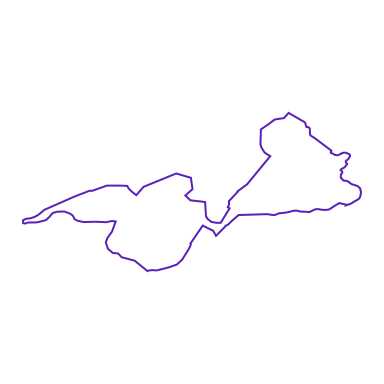 Morne Dudon, Castries, Saint Lucia
{"feature_id": "8701671B250084574474", "entity_name": "Morne Dudon", "entity_type": "district", "adm_level": 2, "iso_a3": "LCA", "parent_name": "Saint Lucia", "parent_adm1": "Castries", "projection": "mercator", "projection_center": [-60.965, 14.012], "detail": "fine", "context": "isolated", "style": "outline", "palette": "violet", "viewbox_px": 384, "rotation_deg": 0, "n_neighbors": 0, "source": "geoboundaries", "source_scale": "gbopen_adm2", "svg_char_len": 5722}
<svg xmlns="http://www.w3.org/2000/svg" viewBox="0 0 384 384"><path d="M216.0,235.8L225.1,226.7L225.6,225.6L226.7,225.4L227.9,224.7L228.9,223.8L231.6,221.1L235.8,217.5L238.7,215.0L239.4,215.0L265.6,214.2L265.8,214.1L266.2,214.1L266.8,214.2L267.8,214.3L268.3,214.3L268.9,214.4L269.5,214.5L270.3,214.6L271.0,214.7L271.5,214.8L271.9,214.8L272.9,215.0L273.4,215.0L274.0,215.1L274.6,215.0L275.4,214.8L275.8,214.6L276.0,214.5L277.2,214.0L278.3,213.7L279.1,213.3L279.5,213.2L280.4,213.1L281.0,213.1L281.5,213.1L282.1,213.0L282.9,212.9L283.4,212.8L284.0,212.7L284.7,212.8L284.9,212.8L285.6,212.6L286.6,212.4L288.1,212.1L289.7,211.8L290.6,211.5L291.1,211.3L291.7,211.2L292.3,211.1L293.2,210.9L293.7,210.8L294.3,210.8L294.7,210.7L295.6,210.6L296.2,210.6L296.7,210.7L297.6,210.8L298.7,211.1L299.2,211.2L300.1,211.5L300.7,211.5L301.4,211.6L301.9,211.6L302.7,211.7L303.2,211.8L303.4,211.7L303.5,211.6L309.5,212.1L312.8,210.4L315.3,209.3L317.7,209.1L323.1,209.9L326.8,209.9L329.5,209.3L334.8,205.7L339.4,203.1L346.8,204.8L346.5,205.2L346.8,205.1L347.3,204.8L348.2,204.5L348.3,204.5L348.6,204.5L348.9,204.4L349.7,204.1L349.9,204.1L350.3,203.9L350.6,203.8L350.8,203.6L351.0,203.5L351.2,203.4L351.5,203.2L351.8,203.1L352.1,203.0L352.5,202.7L352.8,202.4L353.0,202.3L353.2,202.2L353.8,201.8L354.2,201.5L354.7,201.3L355.0,201.2L355.3,201.1L355.7,200.8L355.8,200.7L356.4,200.4L356.6,200.2L357.0,200.0L357.2,199.9L357.6,199.6L357.8,199.5L358.1,199.3L358.2,199.2L358.5,199.1L358.9,198.8L359.0,198.6L359.3,198.3L359.4,198.1L359.5,197.8L359.8,197.6L359.9,197.3L360.0,197.0L360.1,196.7L360.2,196.2L360.4,195.8L360.5,195.3L360.6,195.0L360.6,194.7L360.7,194.3L360.8,194.1L360.8,193.9L360.9,193.2L360.9,192.8L360.9,192.6L361.0,192.4L361.0,192.1L360.9,191.9L360.8,191.5L360.9,191.2L360.9,190.9L360.6,190.4L360.4,190.2L360.3,189.9L360.3,189.7L360.3,189.4L360.3,189.1L360.3,188.8L360.3,188.7L360.2,188.4L360.0,188.2L359.7,188.0L359.6,187.9L359.4,187.7L359.0,187.3L358.7,187.0L358.6,186.9L358.4,186.8L358.3,186.7L358.0,186.4L357.8,186.2L357.6,186.1L357.3,185.9L357.2,185.9L356.8,185.8L356.6,185.7L356.4,185.7L356.2,185.6L355.9,185.5L355.5,185.4L355.2,185.2L354.9,185.2L354.3,185.0L354.0,184.9L353.8,184.8L353.5,184.7L353.2,184.6L352.6,184.5L352.3,184.4L352.2,184.3L351.7,184.1L351.3,183.9L351.2,183.8L351.0,183.7L350.8,183.6L350.6,183.5L350.5,183.4L350.4,183.3L350.2,183.2L349.9,182.8L349.6,182.6L349.3,182.5L349.2,182.3L349.0,182.2L348.8,182.0L348.7,182.0L348.3,181.7L348.0,181.6L347.9,181.4L347.7,181.2L347.4,181.1L346.9,181.0L346.7,181.0L346.4,180.8L346.0,180.8L345.7,180.7L345.5,180.8L345.2,180.7L344.9,180.7L344.6,180.7L344.4,180.6L344.1,180.6L343.8,180.5L343.6,180.5L343.4,180.4L343.2,180.4L343.0,180.2L342.8,179.9L342.7,179.8L342.6,179.6L342.4,179.4L342.2,179.2L341.9,178.8L341.7,178.5L341.6,178.4L341.4,178.1L341.2,178.1L341.1,177.9L341.0,177.6L340.9,177.4L340.8,176.9L340.8,176.6L340.8,176.4L340.8,176.1L340.8,175.6L340.9,175.3L340.9,175.1L340.9,174.9L341.0,174.6L341.2,174.1L341.4,173.8L341.5,173.7L341.8,173.3L341.9,173.1L342.0,173.1L342.1,172.9L342.3,172.7L342.2,171.7L342.1,171.4L341.9,171.2L341.7,171.1L341.3,170.7L341.0,170.4L340.9,170.3L340.6,170.1L340.9,169.6L341.1,169.4L341.4,169.0L341.8,168.7L342.3,168.6L342.7,168.4L343.0,168.2L343.3,168.1L343.6,167.9L343.9,167.8L344.8,167.1L345.6,166.0L346.0,165.5L346.4,165.0L346.8,164.7L347.1,164.1L347.2,163.8L347.0,163.5L346.7,163.4L346.4,163.2L346.3,162.8L346.0,162.4L345.8,162.1L345.7,161.7L345.8,161.4L345.9,160.9L346.3,160.5L346.7,160.3L346.9,160.2L347.1,160.1L347.4,159.9L347.8,159.5L348.0,159.3L348.2,159.0L348.5,158.6L348.8,158.4L348.9,158.2L349.0,158.0L349.3,157.4L349.4,157.1L349.8,156.6L350.0,156.1L350.0,155.7L349.9,155.4L349.9,154.9L349.7,154.5L349.2,154.2L348.5,154.0L348.2,153.8L347.9,153.6L347.6,153.4L347.0,153.3L346.6,153.0L346.3,152.9L345.7,152.8L345.3,152.7L344.9,152.6L344.6,152.6L343.8,152.7L343.4,152.8L342.9,153.0L342.4,153.0L342.0,153.1L341.4,153.5L340.8,153.8L340.7,154.0L340.4,154.1L340.2,154.2L339.9,154.3L339.7,154.5L339.4,154.6L339.2,154.7L338.4,154.9L338.1,155.0L337.4,155.2L336.8,155.2L336.5,155.2L336.2,155.2L335.9,155.1L335.7,155.0L335.3,154.8L335.1,154.8L334.7,154.9L334.2,154.5L333.8,154.3L333.2,154.0L332.9,153.8L332.5,153.5L331.9,153.3L331.7,153.2L331.1,152.6L330.9,152.7L330.8,152.0L330.8,151.8L330.9,151.3L331.4,150.7L314.8,138.2L313.4,137.3L312.5,136.7L311.8,136.3L311.4,136.1L311.2,135.9L310.6,135.3L310.1,134.8L310.0,134.2L310.0,133.5L309.9,131.8L309.8,128.4L308.6,127.3L307.5,127.0L306.5,127.0L305.0,122.4L289.3,113.3L288.6,112.9L284.0,118.1L275.2,119.4L273.9,120.2L273.8,120.4L273.5,120.3L269.3,123.7L260.9,129.4L260.6,139.9L260.5,140.1L260.5,144.5L261.4,147.5L264.7,152.7L270.2,156.2L247.1,184.3L237.5,191.4L237.7,191.8L229.0,201.1L229.0,204.6L227.8,207.2L229.6,208.3L220.7,222.8L216.5,222.8L211.4,221.9L207.7,219.1L207.6,218.8L206.0,216.3L205.1,202.0L190.4,200.3L185.4,195.5L192.5,189.1L190.9,177.8L176.2,173.5L143.4,186.9L143.3,187.1L136.3,195.2L132.0,191.8L128.9,188.8L127.2,185.9L119.9,185.6L106.9,185.6L92.2,190.8L89.3,190.8L85.1,192.5L77.1,195.5L70.8,198.2L44.4,209.8L41.0,212.7L38.1,215.0L35.9,216.2L34.6,216.9L30.5,218.3L26.0,218.8L23.0,220.3L23.2,223.2L25.4,223.5L25.7,223.5L27.7,222.5L30.1,222.5L36.7,222.4L44.7,220.5L46.2,219.9L49.2,217.1L52.6,213.1L57.2,211.7L64.3,211.5L68.8,213.1L71.4,214.5L73.2,216.2L74.3,218.9L77.1,220.6L83.7,222.1L91.9,221.8L98.0,221.8L106.1,222.2L112.0,221.0L115.7,221.5L112.0,231.6L107.4,238.0L105.8,242.5L107.3,246.9L108.0,248.9L112.8,252.9L118.2,253.5L121.6,257.2L134.7,260.7L147.5,271.1L148.0,270.7L152.0,270.1L156.7,270.4L162.9,268.9L167.6,267.6L167.9,267.7L176.9,264.5L182.2,259.6L189.4,248.0L190.9,244.3L190.5,243.5L202.7,225.6L213.2,230.8L216.0,235.8Z" fill="none" stroke="#5b21b6" stroke-width="2"/></svg>